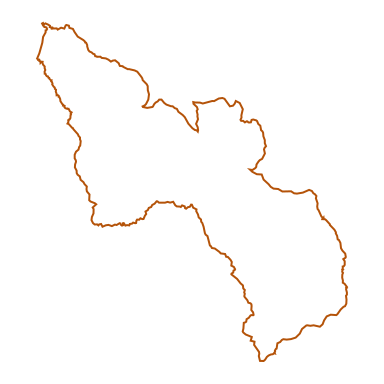 the district of Catamayo, Loja, Ecuador
{"feature_id": "8360857B67514259930674", "entity_name": "Catamayo", "entity_type": "district", "adm_level": 2, "iso_a3": "ECU", "parent_name": "Ecuador", "parent_adm1": "Loja", "projection": "albers", "projection_center": [-79.405, -3.991], "detail": "fine", "context": "isolated", "style": "outline", "palette": "amber", "viewbox_px": 384, "rotation_deg": 0, "n_neighbors": 0, "source": "geoboundaries", "source_scale": "gbopen_adm2", "svg_char_len": 5846}
<svg xmlns="http://www.w3.org/2000/svg" viewBox="0 0 384 384"><path d="M68.9,25.7L66.4,25.0L65.7,25.4L64.3,28.6L61.1,27.7L57.7,29.6L56.7,28.4L53.2,28.5L52.7,27.8L52.0,28.7L51.6,28.7L51.2,27.4L49.8,27.1L50.0,25.8L48.1,24.6L45.4,23.4L44.0,24.3L43.4,24.0L43.0,23.0L42.1,23.5L43.2,25.7L44.4,26.5L44.4,27.0L46.4,27.4L47.1,29.0L46.4,30.2L45.6,30.4L45.6,32.4L43.1,36.9L42.3,42.8L41.2,46.7L39.3,53.4L37.1,58.6L37.9,59.1L38.1,59.9L39.3,59.7L39.7,60.7L39.5,61.1L40.4,61.5L40.5,62.8L41.5,61.7L42.6,61.8L42.4,62.8L43.1,64.7L44.7,66.5L44.6,68.1L45.3,70.0L44.6,71.5L44.7,73.7L45.5,73.8L46.0,75.2L46.8,76.2L47.9,76.4L48.5,77.8L49.2,77.9L49.4,78.8L50.9,80.3L51.5,80.3L51.2,81.4L51.8,81.7L52.5,83.5L52.2,84.4L53.7,86.7L54.7,87.5L54.9,88.9L56.0,89.7L55.8,91.7L56.5,93.5L56.6,95.3L57.7,95.1L58.7,95.8L58.6,96.8L59.4,97.2L60.2,99.1L60.4,101.1L62.3,104.1L63.2,104.7L63.0,105.6L64.6,105.9L64.5,107.3L65.4,108.2L66.8,108.7L67.3,108.5L67.7,108.9L68.6,108.8L70.0,111.5L71.6,112.4L70.6,113.9L71.0,114.6L70.5,115.5L70.4,118.0L69.7,119.3L69.1,119.4L68.8,120.2L68.2,120.3L68.4,122.0L67.5,123.6L68.8,124.1L72.2,127.9L73.0,128.2L73.3,129.1L78.0,134.4L78.4,135.7L80.0,137.5L80.0,139.4L80.7,141.1L80.2,145.6L79.1,147.1L78.5,149.6L76.0,151.7L74.7,154.7L74.7,158.4L75.8,160.3L76.0,161.8L75.1,164.4L74.9,167.4L76.6,170.6L76.7,173.1L77.6,174.7L79.8,176.4L80.6,179.8L83.5,182.2L84.5,184.1L86.8,186.5L86.5,189.1L86.9,191.4L89.5,194.5L89.2,200.2L90.5,201.5L94.8,203.2L96.2,204.3L92.7,207.5L93.6,209.1L93.5,213.4L91.9,217.0L91.5,220.1L93.0,223.1L94.7,224.5L97.2,224.4L98.4,225.4L99.2,224.4L101.1,224.0L102.5,226.7L105.8,225.3L108.5,224.9L111.9,226.1L114.9,224.6L116.6,225.0L119.6,223.2L120.2,223.4L121.0,224.9L122.0,225.6L123.0,225.2L122.8,223.3L123.7,223.1L125.4,225.6L127.0,225.1L129.3,225.4L129.8,224.0L132.1,223.6L133.1,222.6L135.2,223.2L136.1,223.0L136.4,220.7L137.1,219.6L139.2,219.7L140.4,218.3L142.3,219.1L143.5,219.0L144.9,215.7L146.2,214.0L145.5,211.5L147.8,210.1L148.8,207.9L151.2,207.0L152.2,205.0L154.6,203.7L156.6,201.3L157.5,201.4L158.9,202.6L160.0,202.7L164.9,202.7L167.6,201.9L170.1,202.6L173.2,201.8L175.3,205.3L176.8,206.4L179.9,206.6L180.8,207.0L182.1,205.4L184.7,206.4L185.1,208.2L186.1,208.7L187.9,207.2L189.8,206.8L191.1,204.6L191.9,204.7L193.2,207.7L196.5,209.4L196.2,211.1L198.0,214.5L198.7,217.4L201.0,219.5L201.2,221.7L202.3,223.0L203.6,226.8L204.9,233.1L205.6,234.6L207.5,236.1L209.9,245.5L210.9,246.2L211.9,248.0L214.8,248.5L219.4,251.9L220.7,253.4L225.1,254.0L226.2,256.8L227.8,256.9L230.5,259.8L231.8,262.0L231.3,265.6L233.8,266.9L235.1,269.2L234.8,269.9L233.5,270.6L233.2,272.6L231.5,273.6L231.4,274.4L237.1,278.9L240.6,283.4L242.9,285.4L243.3,288.5L244.8,290.0L244.2,292.5L244.8,293.8L244.3,296.1L244.6,296.9L247.4,300.3L248.3,302.7L250.5,303.3L251.4,304.3L251.6,306.0L251.3,310.0L253.1,312.4L253.6,314.9L253.3,315.2L251.2,315.1L250.4,315.6L248.8,317.8L246.6,319.2L246.2,321.7L245.4,322.3L243.8,322.8L243.4,328.6L242.7,331.5L243.3,332.5L245.7,334.5L251.8,337.0L250.7,340.7L254.5,341.7L254.1,344.9L259.0,351.9L259.3,353.8L258.8,356.0L260.0,360.9L263.6,361.0L265.1,359.7L266.9,356.9L268.6,355.5L270.8,354.5L272.9,354.2L274.1,353.2L274.8,353.4L274.4,352.5L275.1,351.7L274.9,350.6L275.8,349.0L276.6,348.6L277.4,343.3L280.2,342.0L281.8,340.0L283.3,339.2L286.7,339.6L291.0,339.1L295.7,337.6L299.8,333.6L302.0,329.0L306.3,325.5L307.2,325.3L310.4,325.8L313.6,325.3L319.9,326.7L322.6,324.3L324.1,320.4L326.7,316.4L330.7,314.7L336.3,315.1L337.3,314.3L340.7,309.5L343.5,306.8L345.0,306.2L346.3,303.7L346.5,299.5L346.0,295.8L346.9,294.6L346.9,292.4L346.1,289.4L346.2,288.2L346.8,287.8L346.3,287.3L346.8,286.8L344.6,283.8L342.8,282.7L342.9,280.5L342.2,277.7L342.3,274.6L343.0,272.9L342.2,271.8L342.4,270.1L342.9,269.7L342.3,269.3L342.8,268.5L342.7,266.5L343.8,266.2L344.7,264.9L344.7,261.2L343.3,259.1L345.4,257.8L345.8,257.0L345.2,253.6L342.4,250.6L341.0,248.2L340.4,242.9L338.9,240.0L337.7,239.4L337.1,235.8L335.8,233.4L335.9,232.3L334.4,229.7L329.9,225.0L329.9,224.3L326.1,220.1L324.9,219.2L323.8,219.2L323.6,217.9L322.9,219.1L322.3,219.1L322.7,217.7L321.4,216.5L318.6,210.2L317.6,209.0L317.2,206.5L317.6,203.3L315.9,198.3L316.4,196.0L314.9,194.2L313.4,193.3L311.9,191.0L309.1,189.9L302.9,192.6L297.0,193.6L294.1,193.3L291.1,191.3L282.4,191.5L278.2,189.0L273.5,188.6L270.7,186.8L268.6,184.2L263.6,179.6L261.7,174.5L256.8,174.2L252.3,171.8L250.0,169.6L252.4,170.0L255.3,168.1L256.2,167.0L256.5,164.5L258.6,161.4L259.8,160.1L262.1,158.9L264.9,153.5L264.0,149.4L264.5,148.0L266.0,146.2L264.8,143.2L264.8,140.1L263.4,136.3L263.1,132.7L262.4,131.3L261.1,130.2L260.3,125.7L258.3,124.0L257.1,121.1L256.3,120.4L253.2,119.5L251.6,119.9L250.9,122.3L249.5,122.5L248.4,122.4L247.4,121.4L246.7,121.3L244.9,122.4L243.2,120.9L241.2,120.9L240.5,119.8L241.5,117.6L241.4,115.3L242.8,109.2L239.7,103.0L235.8,101.0L234.7,103.7L233.0,105.7L229.9,106.3L224.5,98.8L222.4,98.0L218.8,98.5L214.1,101.1L212.2,101.0L202.8,103.5L199.9,102.6L195.2,102.5L193.3,102.1L193.5,103.8L196.9,107.0L197.7,109.3L196.7,110.9L197.6,114.6L197.4,116.3L198.0,119.2L196.1,123.9L197.7,127.2L198.1,130.3L197.8,131.6L196.7,130.3L194.9,130.0L192.4,128.2L188.4,123.7L184.8,117.2L182.7,115.0L178.4,111.8L176.9,108.9L174.7,108.1L172.7,106.3L170.9,106.2L166.4,104.6L164.2,102.9L161.5,99.6L159.2,99.6L157.7,101.4L155.7,102.5L154.2,104.1L152.9,106.6L152.3,107.0L147.2,107.9L142.9,107.0L142.6,106.4L144.7,105.4L146.0,104.1L148.3,99.6L149.0,94.3L147.8,90.2L147.7,86.1L146.7,84.2L142.7,80.1L142.3,78.4L141.3,76.8L137.3,71.7L134.6,70.4L129.0,69.1L127.8,69.2L123.1,66.8L122.7,66.2L119.8,65.9L118.7,63.2L115.1,60.3L112.8,60.6L110.9,61.6L108.5,59.7L105.8,58.4L101.7,57.9L100.4,56.7L97.0,56.8L96.7,56.4L95.2,56.2L94.5,54.2L93.1,53.8L91.6,52.4L89.5,51.5L88.3,50.0L87.2,46.4L87.2,45.1L86.1,42.7L85.2,42.5L84.9,41.5L83.4,40.1L77.7,36.6L74.6,32.1L72.9,28.9L69.4,27.9L68.9,25.7Z" fill="none" stroke="#b45309" stroke-width="2"/></svg>